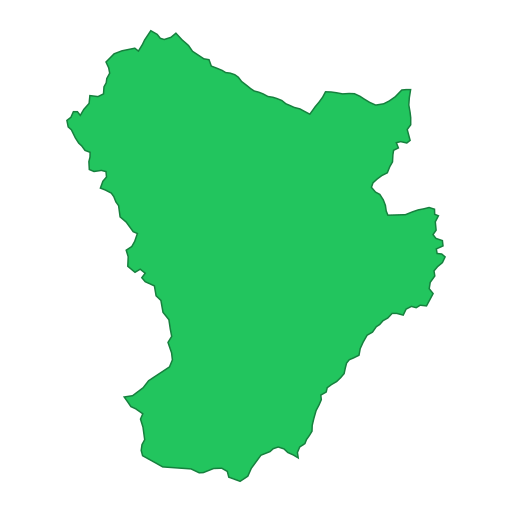 the district of Vila Nova do Sul, Rio Grande do Sul, Brazil
{"feature_id": "56859067B59738073303850", "entity_name": "Vila Nova do Sul", "entity_type": "district", "adm_level": 2, "iso_a3": "BRA", "parent_name": "Brazil", "parent_adm1": "Rio Grande do Sul", "projection": "albers", "projection_center": [-53.869, -30.353], "detail": "fine", "context": "isolated", "style": "filled", "palette": "green", "viewbox_px": 512, "rotation_deg": 0, "n_neighbors": 0, "source": "geoboundaries", "source_scale": "gbopen_adm2", "svg_char_len": 3043}
<svg xmlns="http://www.w3.org/2000/svg" viewBox="0 0 512 512"><path d="M298.2,457.9L297.4,452.5L299.7,447.0L304.9,443.6L306.5,439.5L309.3,435.6L312.0,431.2L312.2,425.4L313.8,418.6L316.1,410.5L319.1,404.8L321.3,399.7L320.8,395.1L326.2,392.0L327.2,387.7L331.4,384.6L336.8,381.4L340.8,377.5L344.1,373.6L345.4,367.6L346.6,363.0L349.3,359.7L353.4,358.0L359.0,355.2L360.2,348.6L363.1,342.2L367.1,335.2L372.5,332.1L376.3,326.7L379.7,324.5L383.0,320.7L387.8,318.0L392.1,313.4L396.8,313.4L403.2,315.1L406.1,309.1L411.4,306.4L416.2,307.7L420.2,305.2L426.5,305.9L430.0,299.4L433.1,293.6L429.2,288.7L430.2,282.4L434.8,276.0L434.0,270.9L437.6,266.6L442.4,262.6L445.1,256.9L441.7,254.0L437.1,253.5L436.3,248.9L443.0,245.9L442.4,240.6L435.9,238.4L433.0,234.6L436.1,230.2L435.3,221.8L438.4,215.8L434.7,214.3L434.5,209.2L429.1,207.5L423.5,208.9L418.2,209.9L412.6,211.8L405.4,214.7L387.9,215.2L386.2,211.0L385.4,205.4L383.3,199.9L379.8,194.4L375.5,192.1L371.4,187.3L373.0,182.8L377.4,178.8L381.9,175.5L387.3,172.8L389.8,166.6L392.5,161.9L392.9,154.7L393.6,150.3L398.4,147.9L396.3,142.7L400.7,141.6L406.8,143.0L410.1,140.4L408.6,134.7L407.2,129.5L410.7,124.8L410.7,117.7L410.1,112.6L408.8,105.0L409.3,97.8L410.6,89.6L406.3,89.6L401.8,90.0L395.2,96.8L389.2,101.0L383.7,103.8L375.7,105.1L369.7,102.4L364.1,99.0L360.0,96.3L354.4,93.7L349.1,93.5L342.6,93.9L336.2,92.7L331.1,92.0L325.5,91.8L322.7,97.1L319.0,102.2L315.2,106.7L312.3,110.8L309.8,114.2L304.3,111.3L299.9,108.9L294.1,107.4L289.7,105.4L285.9,103.8L281.8,100.5L276.8,98.5L273.0,97.3L267.9,96.5L263.1,93.9L258.8,92.2L254.2,91.0L250.6,88.6L246.4,85.2L241.6,81.5L238.3,77.2L234.8,74.7L230.1,73.1L225.7,72.6L222.1,70.4L216.8,68.2L211.3,66.1L209.0,59.7L203.8,58.8L199.6,56.0L192.5,51.3L188.5,45.5L182.1,39.9L175.9,33.2L171.0,37.3L164.2,39.5L160.3,38.3L157.2,34.4L150.8,30.7L144.6,40.0L142.5,44.4L138.4,51.1L134.8,48.2L122.0,50.8L114.1,53.8L106.0,62.0L108.7,67.8L109.7,73.2L106.8,78.5L106.2,82.9L104.0,86.8L103.5,93.9L98.0,96.6L89.9,95.6L89.1,103.4L83.8,109.4L80.3,115.4L77.4,111.7L73.4,111.7L70.9,117.3L66.9,120.4L68.2,126.9L71.4,129.8L75.3,137.8L78.7,143.1L81.8,146.0L85.0,150.4L90.1,152.3L90.0,157.1L88.9,161.6L89.3,169.5L94.0,171.5L101.4,170.4L106.0,171.6L106.5,177.0L102.9,181.2L100.4,188.1L105.3,190.0L111.3,193.1L113.8,196.6L115.9,201.9L118.6,205.7L120.1,216.9L126.2,222.1L133.2,231.7L137.4,233.5L134.7,241.4L131.8,246.5L126.2,250.2L128.2,256.7L127.8,266.3L135.0,272.3L140.2,269.2L145.2,273.2L141.8,277.7L145.2,281.7L154.4,285.9L156.1,295.8L160.9,300.4L163.0,312.3L168.9,319.7L170.3,329.1L171.7,336.4L168.0,342.4L171.6,352.9L172.4,359.9L169.5,366.9L148.6,380.7L143.2,387.7L132.6,395.7L124.2,397.0L127.5,401.6L130.9,406.6L135.7,408.8L142.8,413.8L140.5,419.1L143.0,427.2L144.7,439.7L142.0,444.6L141.2,450.4L142.6,455.7L162.7,466.9L191.0,468.9L199.2,472.8L203.3,472.6L213.6,468.5L221.7,468.2L227.3,471.4L228.8,477.2L240.1,481.3L247.8,476.2L251.3,468.3L260.9,455.2L270.0,451.6L273.2,448.7L278.2,447.0L284.0,448.9L287.8,452.5L293.4,455.0L298.2,457.9Z" fill="#22c55e" stroke="#15803d" stroke-width="1.5"/></svg>